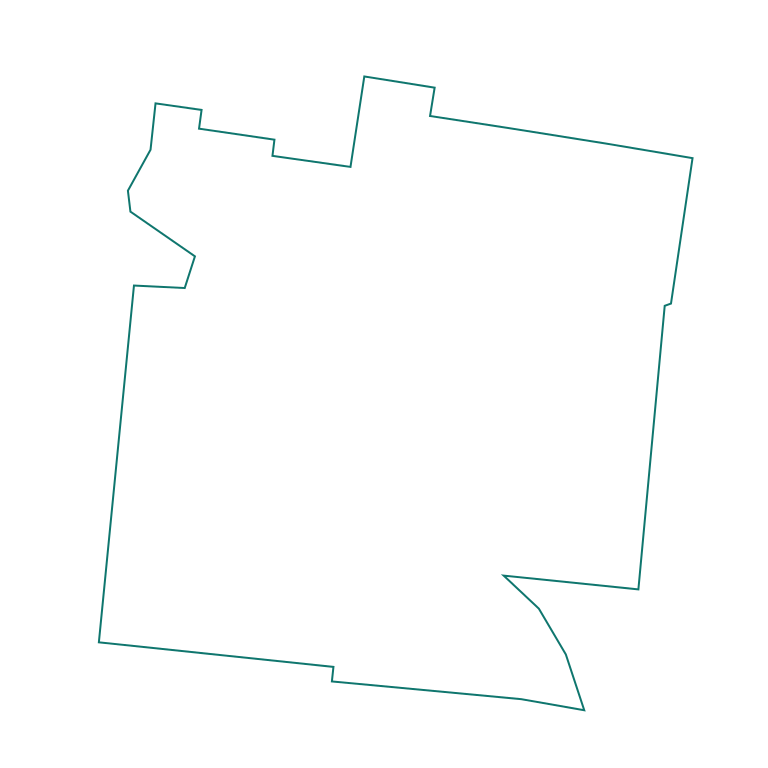 Tompkins, New York, United States of America (Mercator projection), rotated 188°
{"feature_id": "52423323B63267759277093", "entity_name": "Tompkins", "entity_type": "district", "adm_level": 2, "iso_a3": "USA", "parent_name": "United States of America", "parent_adm1": "New York", "projection": "mercator", "projection_center": [-76.461, 42.445], "detail": "fine", "context": "isolated", "style": "outline", "palette": "teal", "viewbox_px": 768, "rotation_deg": 188, "n_neighbors": 0, "source": "geoboundaries", "source_scale": "gbopen_adm2", "svg_char_len": 521}
<svg xmlns="http://www.w3.org/2000/svg" viewBox="0 0 768 768"><g transform="rotate(188 384 384)"><path d="M103.5,216.0L116.9,500.5L111.0,503.6L109.9,650.6L198.1,653.0L297.0,654.8L375.7,655.8L375.1,684.5L446.3,685.8L447.4,594.3L526.2,594.4L526.5,610.7L602.7,611.1L602.8,630.0L649.3,630.1L647.8,583.5L664.5,539.8L659.1,519.4L589.0,484.1L594.7,451.3L645.3,446.7L630.4,88.5L394.7,96.8L394.2,82.2L204.2,91.0L140.3,88.8L166.3,141.5L199.4,183.1L238.8,210.9L103.5,216.0Z" fill="none" stroke="#0f766e" stroke-width="2"/></g></svg>